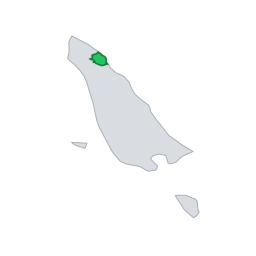 location of Iliomar, Lautém, East Timor, rotated 257°
{"feature_id": "22284137B19934279863207", "entity_name": "Iliomar", "entity_type": "district", "adm_level": 2, "iso_a3": "TLS", "parent_name": "East Timor", "parent_adm1": "Lautém", "projection": "equal_earth", "projection_center": [126.838, -8.666], "detail": "fine", "context": "in_parent", "style": "filled", "palette": "green", "viewbox_px": 256, "rotation_deg": 257, "n_neighbors": 0, "source": "geoboundaries", "source_scale": "gbopen_adm2", "svg_char_len": 3735}
<svg xmlns="http://www.w3.org/2000/svg" viewBox="0 0 256 256"><g transform="rotate(257 128 128)"><path d="M90.5,186.0L88.3,175.0L86.0,170.3L84.2,167.6L83.6,164.2L83.7,160.8L84.8,159.2L92.5,158.8L95.5,153.1L95.5,146.3L94.0,144.0L92.5,143.1L84.5,148.2L82.2,147.2L80.8,145.4L81.3,137.9L87.8,130.8L93.4,118.1L97.3,113.0L106.4,108.2L110.1,106.9L136.6,99.8L142.9,99.3L159.7,99.6L182.2,98.0L187.8,97.1L195.0,94.0L201.9,90.1L205.6,87.1L209.5,84.9L215.3,87.7L225.1,89.7L227.8,91.6L230.2,94.1L218.8,107.5L206.3,118.7L198.6,122.0L190.6,124.3L184.6,128.6L179.4,135.4L172.9,139.2L165.5,140.4L159.2,142.5L153.5,146.4L145.5,153.2L142.3,153.9L138.9,153.7L132.3,156.3L111.8,166.0L99.4,176.8L90.5,186.0ZM25.8,171.6L35.9,164.4L51.3,158.8L51.0,162.9L49.4,169.3L47.1,172.3L43.5,177.7L41.2,178.9L32.0,177.7L30.8,178.5L29.2,177.9L26.8,174.4L25.8,171.6ZM126.6,70.0L122.4,84.6L117.9,81.5L122.7,73.3L125.0,70.9L126.6,70.0Z" fill="#d9dde1" stroke="#a8b0b8" stroke-width="1"/><path d="M194.6,116.5L194.6,116.9L194.6,117.1L194.6,117.3L194.5,117.5L194.6,117.8L194.6,118.0L194.7,118.3L194.7,118.5L194.6,118.8L194.9,119.1L195.0,119.3L194.9,119.5L194.8,119.9L194.8,120.0L195.0,120.0L195.0,119.9L195.1,120.0L195.1,120.3L195.2,120.5L195.1,120.8L194.9,121.0L195.0,121.3L195.1,121.5L194.9,121.6L194.9,121.8L194.9,122.1L195.0,122.0L195.3,122.3L195.4,122.2L195.9,121.7L196.1,121.6L196.5,121.4L196.8,121.4L197.0,121.4L197.5,121.4L197.7,121.5L197.8,121.6L197.9,121.8L198.0,121.8L198.3,121.8L198.5,122.0L198.8,122.1L199.0,122.0L199.3,122.0L199.5,122.1L199.8,122.1L199.9,122.3L200.0,122.4L200.4,122.5L200.5,122.4L200.7,122.2L200.8,122.2L201.0,122.1L201.3,122.0L201.4,121.9L201.7,121.9L201.8,121.9L202.0,121.8L202.3,121.7L202.5,121.5L202.8,121.3L203.1,121.1L203.3,120.9L203.4,120.7L203.7,120.3L203.8,120.2L204.0,120.0L204.0,119.9L204.2,119.7L204.4,119.4L204.5,119.3L204.7,119.2L204.8,119.0L204.8,118.9L205.0,118.9L205.3,118.6L205.7,118.3L205.9,118.3L206.0,118.3L206.3,118.3L206.3,118.2L206.5,118.1L206.7,117.8L206.9,117.5L207.2,117.1L207.5,116.8L208.0,116.4L208.3,116.3L208.5,116.3L208.7,116.2L208.5,115.6L208.3,115.4L208.3,115.2L208.2,115.1L208.0,114.9L207.9,114.7L207.8,114.4L207.6,114.2L207.6,113.9L207.4,113.6L207.2,113.5L207.2,113.4L207.4,113.1L207.4,112.9L207.4,112.7L207.2,112.2L207.1,111.9L207.2,111.7L207.4,111.7L207.5,111.5L207.5,111.4L207.5,111.2L207.4,111.1L207.2,110.9L207.3,110.7L207.1,110.4L206.9,110.2L207.0,109.8L207.0,109.7L206.8,109.8L206.7,109.5L206.4,109.4L206.4,109.2L206.5,109.1L206.4,109.0L206.2,109.0L205.8,109.2L205.7,109.3L205.3,109.4L205.2,109.3L205.1,109.2L204.9,109.0L204.7,109.0L204.4,109.2L204.1,109.1L203.9,108.9L203.8,108.7L203.8,108.4L203.8,108.2L203.7,108.2L203.7,107.9L203.8,107.8L203.9,107.7L203.9,107.4L203.8,107.2L203.7,106.9L203.7,106.7L203.6,106.8L203.5,106.7L203.4,106.8L203.4,107.0L203.5,107.1L203.4,107.1L203.2,107.1L203.0,107.3L202.9,107.5L202.9,107.8L202.7,107.9L202.7,108.0L202.6,108.3L202.6,108.5L202.5,108.9L202.4,109.0L202.4,109.3L202.2,109.5L201.9,109.6L201.7,109.8L201.6,110.0L201.3,110.2L201.2,110.2L201.0,109.9L200.9,109.7L200.8,109.4L200.7,109.3L200.2,109.2L199.9,109.0L199.7,109.0L199.6,109.3L199.7,109.5L199.7,109.8L199.7,110.0L199.8,110.2L199.7,110.3L199.6,110.5L199.7,110.8L199.4,110.8L199.2,110.8L198.9,111.0L198.7,111.0L198.4,111.1L198.2,111.1L198.0,111.3L197.9,111.4L197.9,111.6L197.7,111.9L197.6,112.1L197.5,112.4L197.4,112.5L197.2,112.8L196.9,113.0L196.9,113.3L196.8,113.6L196.8,113.8L196.5,114.0L196.4,113.9L196.2,113.9L196.1,114.0L195.9,114.4L195.8,114.6L195.7,114.6L195.7,114.8L195.6,115.2L195.6,115.3L195.4,115.5L195.4,115.8L195.2,116.0L195.0,116.4L194.9,116.3L194.6,116.5ZM195.0,122.1L194.9,122.2L194.9,122.3L195.0,122.3L195.1,122.2L195.0,122.1Z" fill="#22c55e" stroke="#15803d" stroke-width="1.5"/></g></svg>